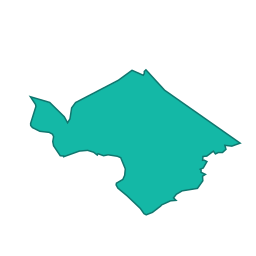 the district of Lucan Lea-5, South Dublin, Ireland, rotated 224°
{"feature_id": "5873133B65409503618015", "entity_name": "Lucan Lea-5", "entity_type": "district", "adm_level": 2, "iso_a3": "IRL", "parent_name": "Ireland", "parent_adm1": "South Dublin", "projection": "mercator", "projection_center": [-6.46, 53.348], "detail": "fine", "context": "isolated", "style": "filled", "palette": "teal", "viewbox_px": 256, "rotation_deg": 224, "n_neighbors": 0, "source": "geoboundaries", "source_scale": "gbopen_adm2", "svg_char_len": 1017}
<svg xmlns="http://www.w3.org/2000/svg" viewBox="0 0 256 256"><g transform="rotate(224 128 128)"><path d="M219.9,82.7L210.9,80.7L209.2,79.5L201.2,63.6L199.7,62.2L197.0,61.9L189.1,64.4L181.7,70.1L178.0,71.1L175.5,70.1L172.7,66.0L169.2,63.5L157.5,61.0L154.8,63.1L154.3,62.7L146.9,77.7L141.5,83.9L135.9,86.7L131.3,87.2L131.7,88.7L126.3,91.1L123.7,94.9L116.0,100.3L112.6,101.6L101.5,96.7L97.5,91.6L96.0,87.4L98.0,80.3L97.0,78.8L93.5,77.7L81.4,78.6L63.3,78.7L57.0,77.5L54.6,78.2L51.8,84.3L50.3,94.5L50.4,96.1L46.8,105.2L43.2,109.3L46.7,109.4L47.2,113.9L45.4,120.4L36.1,132.8L37.5,142.0L40.9,145.1L40.1,148.4L44.7,146.9L46.2,148.5L47.4,148.5L46.1,151.5L47.9,158.7L51.0,157.7L51.9,156.6L54.3,159.6L51.8,162.5L50.5,170.6L47.1,170.1L46.0,173.1L43.0,176.0L42.7,180.7L46.3,182.8L40.7,187.1L36.8,195.0L127.9,180.6L155.5,182.3L155.6,180.0L154.2,178.6L153.7,176.5L165.2,172.3L168.1,155.7L183.4,109.9L182.5,103.3L176.1,94.3L175.1,89.8L181.6,91.8L202.1,92.0L219.9,82.7Z" fill="#14b8a6" stroke="#0f766e" stroke-width="1.5"/></g></svg>